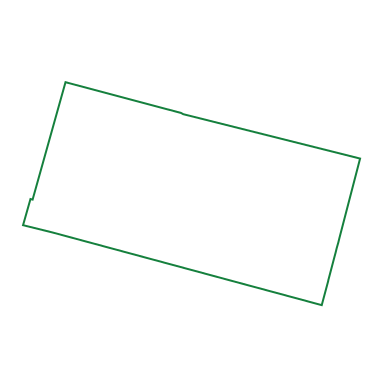 Cheyenne, Colorado, United States of America (orthographic projection), rotated 15°
{"feature_id": "52423323B81847933029004", "entity_name": "Cheyenne", "entity_type": "district", "adm_level": 2, "iso_a3": "USA", "parent_name": "United States of America", "parent_adm1": "Colorado", "projection": "orthographic", "projection_center": [-102.366, 38.83], "detail": "fine", "context": "isolated", "style": "outline", "palette": "green", "viewbox_px": 384, "rotation_deg": 15, "n_neighbors": 0, "source": "geoboundaries", "source_scale": "gbopen_adm2", "svg_char_len": 435}
<svg xmlns="http://www.w3.org/2000/svg" viewBox="0 0 384 384"><g transform="rotate(15 192 192)"><path d="M41.4,118.7L40.0,240.6L37.8,240.6L37.4,267.8L67.8,267.2L340.1,267.7L342.7,267.7L346.6,267.7L346.6,248.6L346.6,246.7L346.6,242.6L346.5,242.0L346.5,238.8L346.4,218.9L346.4,218.5L346.4,213.4L346.3,208.7L346.4,203.0L346.3,198.1L345.7,116.2L163.3,119.1L161.1,118.5L41.4,118.7Z" fill="none" stroke="#15803d" stroke-width="2"/></g></svg>